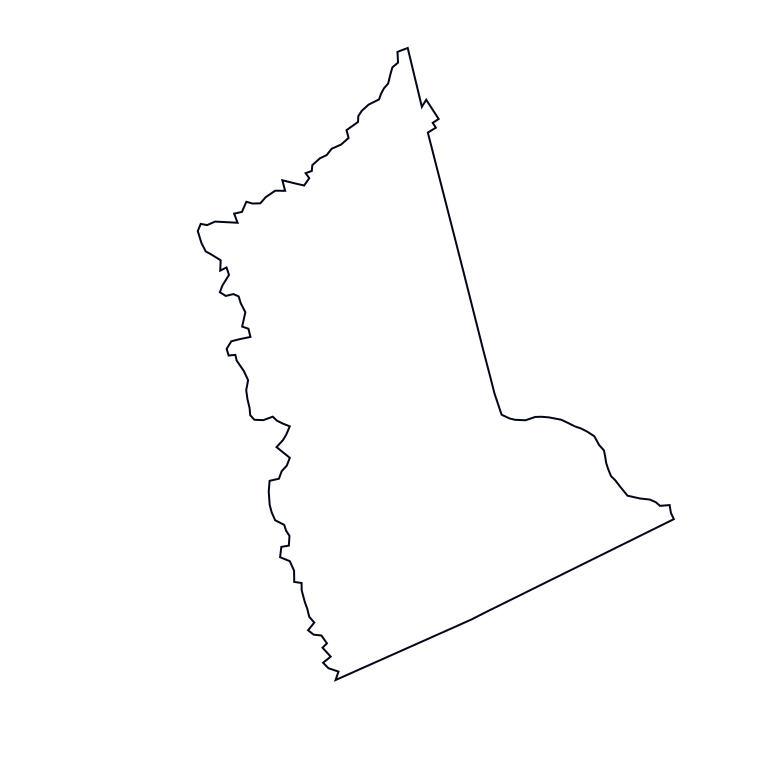 outline of Moreira Sales, Paraná, Brazil, rotated 237°
{"feature_id": "56859067B37185624214579", "entity_name": "Moreira Sales", "entity_type": "district", "adm_level": 2, "iso_a3": "BRA", "parent_name": "Brazil", "parent_adm1": "Paraná", "projection": "orthographic", "projection_center": [-52.978, -24.024], "detail": "fine", "context": "isolated", "style": "outline", "palette": "ink", "viewbox_px": 768, "rotation_deg": 237, "n_neighbors": 0, "source": "geoboundaries", "source_scale": "gbopen_adm2", "svg_char_len": 2026}
<svg xmlns="http://www.w3.org/2000/svg" viewBox="0 0 768 768"><g transform="rotate(237 384 384)"><path d="M162.1,182.2L138.9,328.9L137.1,346.0L126.2,439.1L112.8,553.5L119.6,554.4L126.9,557.6L131.5,549.1L137.0,547.5L142.3,544.0L148.6,536.3L157.7,527.4L168.5,526.2L177.4,525.5L183.1,524.2L190.3,525.6L196.7,527.3L202.1,529.7L208.5,532.3L215.5,531.2L225.7,531.9L233.9,528.2L239.7,524.8L244.6,520.9L250.5,517.5L257.5,513.2L266.3,504.0L270.7,498.3L274.0,492.9L276.5,483.0L282.5,474.5L286.8,470.5L294.2,465.9L315.9,471.5L329.7,476.2L358.1,485.6L436.7,512.4L571.0,557.7L570.7,567.1L576.5,567.1L576.5,574.2L585.7,574.2L599.4,574.2L595.8,566.7L652.9,586.9L655.2,576.2L645.9,570.8L645.0,563.5L640.4,558.2L633.7,551.1L632.0,545.0L629.1,539.7L625.4,534.9L626.7,523.2L625.2,514.1L622.7,508.4L617.9,504.9L617.3,490.8L609.6,488.3L608.2,478.4L609.8,468.2L607.2,460.6L608.2,453.2L606.6,443.1L602.0,439.5L603.5,433.1L597.3,433.4L594.0,425.1L600.2,419.1L610.2,409.7L599.9,406.3L605.4,397.9L605.1,386.4L602.9,378.7L606.9,372.1L611.8,367.8L605.7,358.6L608.5,351.1L599.0,349.0L612.2,330.8L613.6,322.2L618.1,317.5L613.7,311.1L601.7,307.7L592.3,306.7L586.5,309.8L576.7,314.4L568.3,308.4L567.5,315.4L559.9,313.4L554.6,302.1L550.3,296.3L544.0,299.3L541.5,306.6L536.6,309.8L529.6,307.8L519.7,306.8L509.4,296.3L504.2,300.4L496.2,297.6L500.1,287.7L503.0,279.2L499.2,271.2L492.5,269.2L489.4,275.2L483.9,273.2L471.1,273.5L461.2,272.1L453.9,265.1L445.6,261.2L437.1,258.2L430.7,254.8L424.6,255.8L419.4,263.1L417.2,272.9L411.6,274.2L405.9,277.6L399.8,281.9L394.8,274.5L392.0,268.8L389.6,259.5L373.4,264.8L368.5,258.0L366.6,250.7L361.8,244.3L365.1,235.3L356.5,228.7L344.9,222.3L337.6,219.9L329.0,218.5L320.1,223.6L314.4,222.0L308.1,222.0L300.3,216.2L303.3,209.2L295.3,202.5L286.7,208.5L276.4,206.9L266.9,200.9L262.0,206.5L255.8,202.6L244.2,198.8L237.5,197.3L229.5,194.5L221.9,195.6L218.8,186.2L212.1,188.5L207.2,194.5L197.6,194.9L196.3,188.8L184.4,190.8L183.4,181.1L175.9,182.6L167.6,189.2L162.1,182.2Z" fill="none" stroke="#020617" stroke-width="2"/></g></svg>